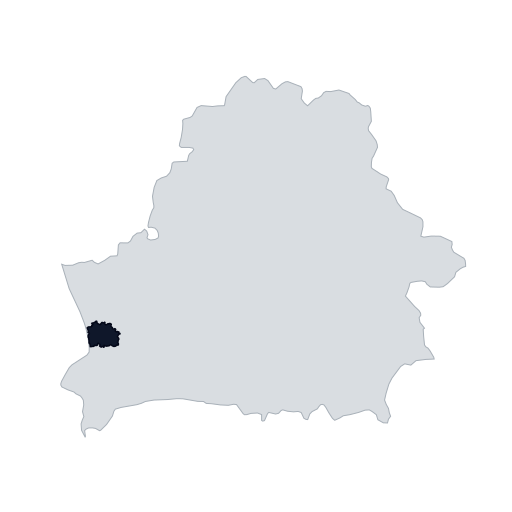 Svislach, Grodno, Belarus shown in context, rotated 354°
{"feature_id": "67162791B1668576645583", "entity_name": "Svislach", "entity_type": "district", "adm_level": 2, "iso_a3": "BLR", "parent_name": "Belarus", "parent_adm1": "Grodno", "projection": "mercator", "projection_center": [24.286, 52.932], "detail": "fine", "context": "in_parent", "style": "filled", "palette": "ink", "viewbox_px": 512, "rotation_deg": 354, "n_neighbors": 0, "source": "geoboundaries", "source_scale": "gbopen_adm2", "svg_char_len": 6163}
<svg xmlns="http://www.w3.org/2000/svg" viewBox="0 0 512 512"><g transform="rotate(354 256 256)"><path d="M422.4,377.1L414.1,376.6L404.2,376.8L398.6,380.7L392.6,378.8L388.3,381.0L378.5,391.6L374.7,397.4L371.0,406.2L368.8,412.7L370.0,417.2L371.8,421.4L372.2,425.9L373.1,429.5L370.7,432.1L369.3,435.8L365.2,435.2L360.1,431.6L359.1,426.4L355.2,422.8L352.6,420.9L348.4,420.7L341.6,422.3L332.8,423.6L326.1,424.0L322.5,425.8L317.1,427.6L315.1,425.5L312.1,419.6L309.6,413.8L308.0,411.2L306.5,410.5L304.7,410.6L302.6,412.5L301.1,414.4L295.5,416.6L293.0,418.7L290.3,424.1L288.6,423.7L286.7,422.4L284.6,416.4L281.7,415.0L277.0,414.9L271.2,413.7L266.5,411.8L264.8,412.3L262.0,414.8L259.0,415.2L252.3,412.9L251.0,414.0L247.2,420.6L245.4,420.9L244.4,420.1L245.0,414.3L241.1,412.3L234.6,412.0L230.1,412.8L227.9,412.6L226.7,411.4L221.1,401.7L218.2,401.1L212.9,401.6L205.1,400.4L196.1,398.2L191.1,397.4L188.6,395.2L183.0,394.5L168.1,390.3L162.1,389.6L153.1,389.5L139.5,388.6L130.8,389.1L126.7,390.5L122.0,391.4L105.9,392.5L100.1,393.6L98.4,395.6L96.5,400.1L89.8,407.9L83.4,413.0L82.2,413.4L78.4,410.7L75.2,409.8L71.5,409.5L68.9,410.4L67.3,411.7L67.5,417.6L67.1,418.1L64.3,411.1L64.5,404.7L66.1,401.0L68.0,397.7L67.2,392.7L69.1,386.1L69.2,381.4L68.3,379.3L66.8,376.9L62.6,374.3L60.7,372.2L55.0,369.5L49.3,366.0L48.4,363.9L48.6,362.4L49.6,360.2L54.0,353.8L58.6,347.5L61.6,345.0L77.5,336.9L80.0,334.1L80.6,329.3L80.4,319.6L79.4,310.7L78.2,304.6L75.1,293.0L66.8,269.0L61.9,243.9L65.1,245.4L72.7,246.0L78.8,244.2L81.9,244.0L84.7,244.5L92.6,243.1L94.6,245.4L98.1,247.4L105.1,244.5L111.3,241.0L117.8,241.3L118.7,239.6L120.3,230.6L122.2,228.7L129.9,229.6L132.7,228.0L135.7,223.6L140.2,220.8L144.0,220.8L147.9,217.7L149.9,219.8L150.8,223.5L149.5,226.5L150.1,227.6L152.8,229.1L157.5,229.0L160.5,227.8L161.2,226.1L161.2,223.0L160.4,220.2L158.4,217.7L154.7,216.4L152.1,216.4L151.7,214.8L152.6,211.4L154.9,205.2L157.7,199.5L159.4,197.4L159.7,195.4L159.4,192.0L159.3,185.8L161.9,177.1L165.3,170.6L169.9,168.5L175.4,167.3L179.0,164.2L180.8,160.6L182.3,155.0L184.1,153.9L197.6,154.6L199.6,148.9L200.8,147.3L203.4,145.7L205.2,143.7L204.5,142.1L201.1,141.1L193.0,140.2L191.3,138.4L191.8,136.1L194.0,130.3L196.1,122.7L197.1,116.8L197.2,113.4L198.4,112.4L205.0,111.3L207.2,110.1L212.9,102.1L217.2,100.7L228.4,102.8L233.5,102.7L240.1,103.2L240.6,102.4L242.9,94.4L254.0,81.6L259.9,77.2L263.6,76.2L264.9,76.4L270.9,83.2L272.3,83.5L276.2,80.6L283.1,80.4L286.2,82.8L290.8,91.1L293.1,92.0L299.8,87.4L303.4,85.9L305.9,85.9L318.4,92.3L319.3,94.4L319.4,96.8L317.4,104.3L320.0,108.9L323.0,112.0L329.5,106.9L331.9,105.5L334.5,105.4L337.9,103.5L340.4,100.6L342.9,99.6L347.5,100.3L355.8,99.6L365.5,104.1L366.3,105.5L371.1,110.8L372.8,113.5L374.4,114.3L377.0,116.9L380.5,118.5L382.9,118.0L384.0,118.9L385.1,120.9L385.2,124.3L384.8,134.1L381.3,139.3L380.9,141.1L381.1,143.2L383.8,147.5L387.4,154.0L388.2,157.8L388.2,160.6L383.3,169.0L381.7,170.9L380.6,175.0L380.0,179.2L380.4,180.9L388.5,187.5L394.4,191.0L395.8,192.8L395.9,193.9L392.7,200.9L392.4,202.8L397.2,205.7L399.8,210.3L402.2,217.8L406.7,224.9L423.6,235.3L425.1,237.2L425.6,239.4L425.1,244.3L422.0,253.5L424.9,254.8L432.4,254.5L441.4,255.6L452.3,262.1L452.3,265.0L451.2,267.7L452.0,270.5L453.1,272.9L462.6,280.1L463.5,282.2L463.6,285.7L463.4,288.3L460.8,288.8L457.9,290.0L453.1,293.1L451.3,297.4L443.6,303.4L438.9,306.1L435.1,306.2L426.1,305.0L423.0,302.0L421.7,299.3L418.2,298.1L413.7,298.0L407.3,298.5L406.1,299.3L405.0,302.6L402.3,308.3L400.4,311.5L408.4,322.7L412.4,327.3L413.7,330.1L413.7,332.1L411.8,334.4L412.1,339.1L416.0,345.4L414.6,346.3L414.3,353.9L414.3,362.1L415.3,364.0L417.4,365.6L419.2,368.6L422.2,375.3L422.4,377.1Z" fill="#d9dde1" stroke="#a8b0b8" stroke-width="1"/><path d="M111.6,317.2L111.3,317.1L110.7,316.8L110.3,316.6L110.1,316.6L109.8,316.8L109.5,316.9L109.0,316.7L108.6,316.4L108.2,315.9L108.2,315.7L108.3,315.5L108.6,315.0L108.7,314.8L108.7,314.6L108.7,314.2L108.4,313.8L108.2,313.6L107.9,313.5L107.6,313.6L107.3,313.7L107.0,313.8L106.4,313.7L106.0,313.4L105.6,312.8L105.7,312.3L105.2,311.7L104.7,311.2L104.2,310.7L104.4,310.1L104.7,309.6L104.9,309.2L104.9,308.8L104.6,308.3L104.2,308.0L103.8,307.9L103.2,307.8L102.6,307.9L102.4,308.2L102.1,308.1L101.7,307.9L101.1,308.1L100.8,308.5L100.5,308.5L100.0,308.7L99.4,308.7L98.9,308.4L98.8,308.2L98.7,307.6L98.5,306.9L98.8,306.5L98.6,306.1L98.2,306.3L97.9,306.6L97.7,306.6L97.3,306.6L96.8,306.3L96.3,306.1L96.0,306.0L95.6,306.1L95.3,306.5L94.8,306.9L94.5,307.2L94.2,307.9L93.8,308.0L93.0,307.6L92.4,307.2L91.8,306.9L91.2,306.3L90.9,305.9L90.9,305.5L90.9,305.0L90.8,304.5L90.7,304.2L90.4,304.1L89.9,304.2L89.3,304.6L89.2,305.1L88.5,305.2L87.9,305.3L87.5,305.5L86.7,305.7L86.1,305.5L85.7,305.8L86.1,306.3L86.5,306.7L86.7,307.0L86.6,307.4L86.2,307.6L85.7,307.5L85.4,307.8L85.5,308.2L85.6,308.5L85.2,309.0L84.5,309.1L83.9,309.2L83.3,309.2L82.9,309.1L82.4,309.0L81.9,309.1L81.5,309.2L81.0,309.6L80.6,309.9L80.7,310.1L80.9,311.0L81.3,312.2L81.4,313.6L81.0,314.4L81.7,314.9L82.1,315.5L81.8,316.0L81.4,316.5L80.9,317.3L80.7,318.2L80.7,318.8L80.7,319.5L81.2,320.0L81.0,320.7L81.1,322.7L80.9,325.0L81.1,325.4L81.6,326.2L81.7,327.5L81.7,328.8L82.1,328.9L83.2,328.9L83.9,328.8L84.9,328.9L85.2,328.9L85.5,328.7L85.5,328.2L85.9,327.9L86.6,328.0L87.3,328.3L88.2,328.3L88.6,328.2L89.0,327.9L89.2,327.4L89.2,327.0L89.4,326.5L90.1,326.3L90.4,326.7L90.8,327.0L91.5,327.5L91.6,328.0L91.4,328.8L91.1,329.1L91.3,329.5L91.8,329.9L92.2,330.2L92.6,330.4L93.1,330.3L93.5,330.0L94.1,330.0L94.5,330.0L94.7,330.4L94.9,330.8L95.2,330.8L95.4,330.5L95.5,330.3L95.6,329.6L95.7,329.1L96.2,329.2L96.8,329.6L97.6,330.0L98.4,330.0L98.8,330.0L100.5,329.9L101.2,329.5L101.9,329.1L102.4,329.0L102.9,329.4L103.6,330.2L104.1,330.5L104.9,331.0L105.9,331.1L106.8,331.0L107.3,330.8L107.7,330.3L108.2,330.0L109.1,330.2L109.5,330.2L109.8,329.9L110.0,329.1L109.9,328.6L109.7,328.0L109.3,327.3L109.7,327.0L110.0,326.1L110.1,325.4L110.3,325.1L110.8,324.6L110.9,324.1L110.8,323.5L110.6,323.1L110.0,322.5L109.8,322.0L109.8,321.7L110.2,321.2L110.6,320.4L111.2,319.8L111.7,319.4L112.3,319.3L112.6,319.2L112.6,318.8L112.1,318.5L111.7,318.3L111.5,317.7L111.6,317.3L111.6,317.2Z" fill="#0f172a" stroke="#020617" stroke-width="1.5"/></g></svg>